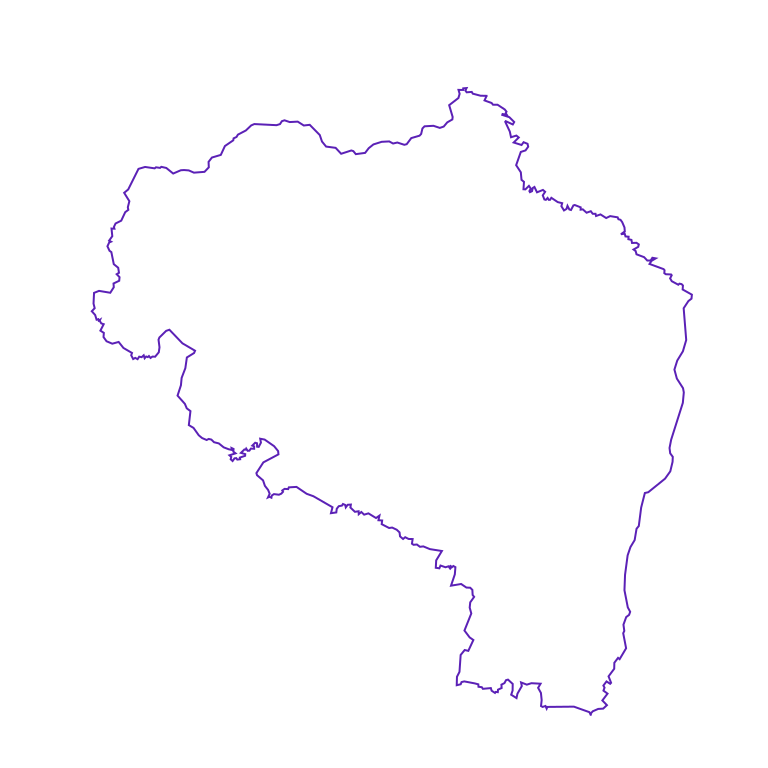 Kuningan, Jawa Barat, Indonesia (orthographic projection), rotated 187°
{"feature_id": "22746128B44289127403365", "entity_name": "Kuningan", "entity_type": "district", "adm_level": 2, "iso_a3": "IDN", "parent_name": "Indonesia", "parent_adm1": "Jawa Barat", "projection": "orthographic", "projection_center": [108.582, -6.988], "detail": "fine", "context": "isolated", "style": "outline", "palette": "violet", "viewbox_px": 768, "rotation_deg": 187, "n_neighbors": 0, "source": "geoboundaries", "source_scale": "gbopen_adm2", "svg_char_len": 6096}
<svg xmlns="http://www.w3.org/2000/svg" viewBox="0 0 768 768"><g transform="rotate(187 384 384)"><path d="M636.0,378.2L634.1,379.6L631.6,378.6L630.3,381.3L627.8,381.1L626.0,383.2L624.7,380.4L623.4,382.3L621.7,381.9L620.7,383.1L618.9,381.4L617.2,383.0L614.5,383.2L611.4,388.0L611.3,393.1L613.2,400.5L612.6,402.8L606.7,410.2L603.6,411.7L589.0,399.8L575.6,394.0L576.3,391.6L582.9,386.3L583.1,375.5L585.6,365.4L585.4,358.0L587.5,347.3L579.2,340.0L576.8,335.8L572.8,333.5L572.7,319.4L567.7,317.2L561.6,310.5L558.0,308.2L553.2,306.8L551.3,308.1L548.6,307.8L545.6,305.5L540.7,304.9L535.4,301.6L530.2,300.3L526.9,300.0L527.5,301.9L525.4,301.2L525.3,298.5L522.9,297.1L528.7,294.4L526.7,293.0L527.0,290.6L524.9,289.1L523.3,292.0L521.6,292.4L520.4,291.1L517.6,291.8L518.1,293.4L513.1,295.8L513.2,297.5L517.6,298.2L514.6,302.0L513.3,302.0L512.9,303.1L511.2,301.1L509.5,301.4L508.2,303.7L505.0,303.9L505.3,306.3L507.2,306.8L504.7,310.0L502.8,309.7L502.3,306.3L500.7,306.3L499.0,310.8L500.2,314.6L495.7,314.3L485.5,308.9L480.9,304.5L480.2,301.3L494.2,291.5L499.8,280.0L498.9,278.0L492.3,273.6L489.8,268.4L486.1,264.7L484.1,261.1L485.3,257.3L484.0,258.1L481.9,257.4L481.8,259.6L479.8,261.3L474.8,261.3L472.6,262.6L471.1,264.7L472.0,265.9L469.9,267.8L466.3,268.0L465.9,269.8L458.3,271.2L447.4,265.6L440.4,264.0L420.1,255.4L420.9,249.3L415.7,250.7L415.7,254.4L414.0,257.2L410.9,258.2L410.1,259.9L407.7,259.2L406.9,256.9L405.3,259.7L402.2,260.3L402.3,257.3L397.3,253.6L393.7,254.6L393.2,251.7L390.9,254.2L387.8,251.9L383.7,253.7L375.6,250.0L372.5,252.8L372.9,248.1L369.2,248.3L369.2,244.6L361.4,241.7L358.4,242.5L353.6,240.9L350.5,238.6L349.5,234.7L346.2,232.5L344.3,234.5L340.7,233.2L336.7,233.6L336.8,228.9L335.1,228.0L331.8,228.7L328.5,226.8L325.2,227.6L318.3,225.7L306.2,225.3L310.7,215.3L310.2,207.9L306.6,207.8L305.8,210.7L300.6,209.6L297.8,210.9L295.8,208.8L295.1,209.8L296.6,211.9L294.1,210.6L293.0,211.8L290.8,210.9L290.5,203.7L292.9,192.0L283.1,194.9L277.4,192.0L273.6,192.3L271.2,190.4L270.3,185.4L268.6,183.7L271.8,177.8L271.7,172.5L269.4,166.9L274.1,149.1L268.1,142.9L264.1,140.8L267.8,129.4L271.5,129.8L274.9,124.4L274.0,107.5L275.9,102.3L275.1,93.9L271.3,95.3L270.7,97.6L268.1,98.6L257.5,97.9L253.8,97.4L253.3,95.0L250.0,95.0L248.7,93.5L240.9,95.2L239.8,92.7L236.2,90.9L235.6,92.0L233.5,92.0L233.6,94.5L230.2,96.6L230.8,99.9L228.0,101.8L226.8,104.9L224.9,105.7L219.7,102.0L219.0,95.4L219.9,91.1L214.2,88.4L213.8,92.9L210.4,101.0L211.6,104.5L205.6,103.0L201.2,105.0L192.1,105.6L194.0,101.2L190.6,96.5L189.0,89.5L188.9,83.5L187.2,82.8L184.5,84.1L183.0,81.6L182.5,83.4L156.2,86.9L140.1,83.3L138.2,80.2L138.6,82.1L136.9,84.6L131.8,87.6L126.9,88.5L123.6,92.4L128.7,96.5L124.4,103.9L128.8,106.4L128.1,109.5L129.5,111.4L126.9,115.9L123.0,114.0L122.2,115.1L125.5,121.2L120.8,129.4L121.4,135.4L118.3,140.7L116.6,139.6L111.5,151.2L116.2,165.8L115.4,168.2L117.0,174.3L115.2,182.2L112.6,184.7L111.9,187.9L114.8,192.0L120.2,208.6L121.5,224.0L121.3,243.6L119.5,252.2L116.2,259.6L115.7,271.1L113.8,274.1L113.7,292.7L111.8,307.6L108.5,308.8L93.5,324.3L89.2,332.2L88.1,341.9L88.5,346.9L91.5,350.1L92.8,355.3L92.2,363.7L85.1,401.7L85.4,412.2L86.7,416.3L94.0,425.1L97.5,433.7L95.8,443.0L91.3,452.9L89.4,464.5L95.8,495.7L92.0,503.4L89.2,506.2L89.3,510.2L99.1,514.2L99.3,518.2L100.8,519.4L103.0,519.6L104.0,518.4L110.9,521.1L112.9,523.7L111.7,527.0L112.4,527.7L117.7,527.3L119.3,528.2L119.4,531.1L120.5,532.1L135.1,535.5L133.5,538.8L129.6,541.8L133.0,542.0L134.4,539.1L137.7,538.6L141.3,541.6L149.2,543.5L150.4,546.6L152.7,547.9L148.4,551.1L148.1,553.6L150.6,554.9L155.0,554.2L156.0,557.2L159.1,557.5L159.2,560.0L162.3,559.9L163.4,562.5L167.1,561.5L163.6,564.8L164.4,568.7L167.3,573.7L169.3,575.8L171.4,576.1L172.4,577.9L180.0,578.2L183.7,575.8L189.8,578.7L194.0,576.6L194.8,578.7L197.6,578.4L199.8,580.7L203.8,578.7L208.0,581.6L210.1,581.0L210.3,583.3L216.5,584.9L217.8,584.3L219.6,579.5L221.3,579.8L223.6,583.2L224.2,580.0L226.5,578.2L229.6,582.1L229.2,585.2L233.7,585.7L240.6,589.2L241.7,587.0L243.0,586.9L244.3,588.6L245.8,586.5L247.3,586.7L249.4,590.6L247.5,594.4L249.9,596.0L255.5,592.9L258.7,597.9L260.2,596.7L260.6,593.4L262.5,592.2L263.2,593.2L262.1,595.8L264.3,598.3L267.4,594.4L269.3,594.3L269.7,601.7L272.4,603.4L274.0,610.8L279.5,617.3L276.5,631.0L272.0,633.1L269.8,637.1L270.8,639.9L274.9,641.0L276.6,638.0L284.7,639.5L280.3,645.1L282.9,646.7L288.0,644.4L289.9,649.9L295.6,659.0L295.2,659.7L287.8,657.3L286.7,659.9L292.1,664.1L299.4,665.5L299.2,666.4L294.9,666.1L296.2,667.7L295.6,669.2L297.6,671.2L305.3,675.0L309.9,674.5L311.4,676.0L318.8,677.7L317.3,682.4L316.4,682.6L323.3,681.9L331.3,683.0L332.5,684.6L337.5,683.6L339.0,685.2L338.1,687.8L341.4,687.1L341.3,685.5L345.9,685.0L344.3,681.2L345.0,676.9L353.3,668.7L348.4,657.4L348.4,654.9L353.1,651.4L356.1,646.8L359.8,645.0L366.4,646.3L375.2,644.7L377.0,642.3L377.6,636.7L379.0,634.8L386.9,631.4L390.7,624.8L393.0,623.9L400.2,625.3L404.3,623.8L408.4,625.4L415.8,624.1L423.7,620.5L427.9,616.2L430.9,611.1L440.0,608.7L442.8,611.4L444.9,611.8L454.6,607.3L460.8,612.5L470.4,612.6L475.1,617.1L478.1,623.3L489.3,632.2L495.1,630.8L501.6,633.9L509.5,632.5L514.9,633.6L517.4,632.4L518.9,629.3L522.2,627.8L544.4,626.2L547.3,624.5L552.0,618.8L559.4,613.7L560.5,611.2L563.2,609.5L563.3,607.5L570.9,600.8L573.9,591.5L582.4,587.8L585.2,583.1L584.3,577.7L588.0,572.7L598.4,570.6L603.8,572.2L608.5,572.0L611.7,571.4L618.9,567.2L626.4,571.9L631.5,572.4L632.6,571.2L636.7,571.3L637.9,570.1L647.6,570.3L653.9,567.6L661.6,545.9L665.2,542.1L659.0,534.4L659.8,528.2L659.0,525.7L661.8,523.0L664.7,514.1L670.0,510.6L671.2,507.0L670.5,505.3L673.4,505.1L671.7,497.6L674.3,492.8L672.3,492.0L674.0,491.0L675.3,487.0L672.7,482.8L670.7,481.7L666.8,470.0L662.0,467.0L660.6,462.1L662.7,460.4L659.5,457.8L659.4,454.2L664.7,450.8L664.0,447.1L666.8,441.2L678.2,441.7L682.9,439.1L682.1,428.4L680.4,424.0L682.9,420.6L679.1,417.3L677.1,412.8L675.5,413.5L674.9,412.1L673.6,413.2L673.9,412.1L672.0,409.7L669.5,409.2L672.0,402.4L668.3,400.6L668.1,396.4L664.6,392.6L658.6,390.9L652.5,393.4L647.0,388.0L637.9,384.1L638.4,381.7L636.0,378.2Z" fill="none" stroke="#5b21b6" stroke-width="2"/></g></svg>